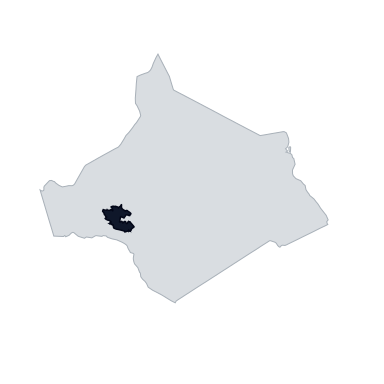 Turkana South, Rift Valley, Kenya shown in context, rotated 298°
{"feature_id": "3690345B86728655085245", "entity_name": "Turkana South", "entity_type": "district", "adm_level": 2, "iso_a3": "KEN", "parent_name": "Kenya", "parent_adm1": "Rift Valley", "projection": "mercator", "projection_center": [35.73, 2.378], "detail": "fine", "context": "in_parent", "style": "filled", "palette": "ink", "viewbox_px": 384, "rotation_deg": 298, "n_neighbors": 0, "source": "geoboundaries", "source_scale": "gbopen_adm2", "svg_char_len": 7261}
<svg xmlns="http://www.w3.org/2000/svg" viewBox="0 0 384 384"><g transform="rotate(298 192 192)"><path d="M86.3,229.2L86.2,224.7L86.9,213.2L86.8,203.1L87.4,198.0L89.9,194.8L91.0,192.5L91.8,189.3L93.1,186.6L96.1,184.5L96.6,183.3L99.8,179.7L101.6,175.0L103.1,173.4L104.8,172.0L106.1,171.2L108.1,170.5L109.7,170.0L110.0,169.7L110.2,168.9L109.6,166.0L110.3,165.1L111.4,163.2L112.7,161.4L113.8,160.3L114.4,159.1L114.7,157.1L114.8,155.6L114.8,153.3L114.4,148.0L113.1,143.5L112.3,138.6L112.9,136.9L111.8,134.0L111.3,133.8L110.5,133.2L109.4,130.4L108.5,127.9L108.0,127.3L104.5,125.1L102.7,119.9L100.7,118.8L99.7,113.6L99.5,112.2L100.6,107.0L100.5,105.8L99.3,104.8L95.9,103.7L93.2,101.5L93.6,100.8L93.8,100.0L92.4,99.5L88.2,90.7L93.6,85.4L98.9,80.1L105.8,73.3L112.1,67.1L117.6,61.7L122.5,56.9L122.4,57.8L122.4,59.0L123.0,59.8L124.0,60.3L125.4,59.7L126.6,59.0L127.8,58.8L135.1,60.8L136.3,62.6L136.3,64.4L136.6,65.8L136.0,67.2L135.4,71.3L135.6,75.1L137.8,77.9L139.7,80.1L141.3,83.2L142.4,84.1L144.0,84.6L149.1,84.7L156.5,84.9L163.7,85.1L164.3,85.2L165.9,85.6L172.5,89.8L178.5,93.6L183.6,96.9L188.6,100.2L193.4,103.3L197.1,105.9L200.8,106.7L206.8,107.1L211.0,107.2L214.8,108.3L220.5,109.3L224.8,109.8L227.3,110.4L234.5,111.0L235.6,110.7L238.8,107.8L242.3,103.1L243.7,100.5L248.2,97.9L256.2,94.4L261.9,91.8L268.1,89.3L271.0,91.5L274.9,95.0L276.7,96.8L278.1,97.5L280.2,98.1L282.8,98.1L284.2,98.0L287.1,97.5L293.9,97.1L297.8,97.2L294.5,101.8L290.6,107.4L283.4,117.8L277.9,123.2L273.8,127.3L273.4,128.0L273.4,132.6L273.5,143.8L273.6,166.1L273.6,188.5L273.7,210.8L273.8,221.9L273.8,225.7L277.4,230.4L281.0,235.0L285.7,241.1L288.2,244.3L288.6,245.4L288.5,247.6L284.6,252.1L281.4,254.2L277.2,255.2L275.9,255.0L274.2,254.3L273.6,255.4L273.1,257.1L272.1,256.8L271.4,256.3L271.9,259.3L272.3,260.8L271.7,262.8L269.6,264.6L269.4,266.1L264.9,270.0L258.6,270.4L255.2,272.3L253.8,273.9L252.6,277.4L253.0,282.7L251.3,286.8L250.9,288.8L247.6,291.5L246.2,293.9L245.1,296.4L244.2,297.5L243.1,303.0L241.5,306.4L241.1,307.5L240.7,308.5L239.6,310.5L238.8,311.9L238.2,312.8L234.4,321.4L231.3,325.3L229.0,324.9L227.4,326.4L227.2,327.1L226.4,326.7L224.4,325.3L220.4,322.3L216.3,319.4L212.2,316.5L208.1,313.5L204.1,310.6L200.0,307.7L195.9,304.7L191.9,301.8L189.5,300.1L188.4,299.1L187.6,297.0L187.2,296.5L186.1,295.9L184.8,295.7L184.5,295.4L184.5,294.4L184.9,293.0L186.4,290.3L186.6,288.7L186.3,286.9L185.8,284.0L185.4,283.4L182.7,281.9L177.1,278.7L171.4,275.6L165.8,272.4L160.1,269.2L154.5,266.1L148.8,262.9L143.2,259.8L137.5,256.6L131.9,253.5L126.2,250.3L120.6,247.2L115.0,244.0L109.3,240.8L103.7,237.7L98.0,234.5L92.4,231.4L90.2,230.2L88.3,229.2L86.3,229.2ZM274.2,259.8L273.2,260.1L273.7,258.6L276.6,256.6L277.8,257.1L278.0,257.5L278.0,257.9L277.5,258.3L274.2,259.8Z" fill="#d9dde1" stroke="#a8b0b8" stroke-width="1"/><path d="M125.2,151.5L127.3,153.6L127.5,153.7L127.6,153.8L127.8,153.8L127.9,154.2L128.0,154.2L127.9,154.3L128.0,154.3L127.9,154.5L128.0,154.6L127.9,154.7L127.9,154.8L128.0,154.9L128.2,155.0L128.2,155.3L128.3,155.3L128.4,155.5L128.5,155.5L128.5,155.8L128.6,155.7L128.6,155.8L129.0,155.7L129.1,155.8L129.3,155.8L129.5,155.9L129.8,155.9L130.2,155.9L130.3,155.9L130.3,156.0L130.5,155.9L130.7,156.0L130.8,156.0L131.1,155.9L131.4,156.1L131.5,156.2L131.8,156.3L131.8,156.2L132.0,156.3L132.3,156.4L132.4,156.5L132.5,156.5L132.8,156.7L133.0,156.8L133.2,157.0L133.4,157.0L133.5,157.2L134.0,157.4L134.0,157.5L135.9,152.8L136.1,152.1L136.4,151.6L136.5,151.4L136.6,151.2L136.4,150.8L136.3,150.6L136.3,150.3L136.3,150.0L136.3,149.8L136.2,149.8L136.1,149.7L135.8,149.6L135.3,149.5L134.3,149.6L134.2,149.6L133.9,149.6L133.7,149.4L133.5,149.2L133.4,149.0L133.4,148.9L133.5,148.6L133.7,148.3L133.9,148.1L134.3,147.7L134.5,147.5L134.6,147.4L134.6,147.2L134.6,146.9L134.5,146.6L134.4,146.4L134.2,146.2L133.9,146.1L133.6,146.1L133.4,146.1L133.3,145.7L133.1,145.6L132.4,145.7L132.2,145.5L132.3,145.4L132.6,145.0L132.8,144.6L133.0,144.2L133.1,143.8L133.1,143.7L132.4,143.2L131.9,142.8L131.7,142.6L131.6,142.1L131.8,142.0L132.0,141.9L132.4,141.8L132.6,141.7L132.8,141.7L133.3,141.6L133.6,141.6L134.0,141.3L134.2,141.2L134.5,141.1L135.0,141.1L135.4,140.8L135.6,140.8L135.8,140.9L136.2,140.7L136.3,140.6L136.5,140.6L136.8,140.6L137.0,140.7L137.1,140.9L137.1,141.1L137.2,141.3L137.0,141.7L136.9,142.0L137.0,142.3L137.0,142.8L137.1,143.1L137.1,143.4L137.1,143.6L137.1,143.8L137.1,144.1L141.0,144.6L141.4,145.3L141.4,145.5L141.3,145.8L141.6,146.3L141.7,146.5L141.6,147.0L141.6,147.4L141.6,147.6L142.0,147.9L142.1,148.1L142.5,148.0L142.6,147.9L143.0,148.1L143.3,148.3L143.5,148.3L144.0,148.1L144.3,148.1L144.5,147.7L144.6,147.0L144.8,146.5L144.9,144.9L145.1,144.1L145.2,143.5L145.1,143.1L145.0,142.9L144.8,142.7L144.6,142.5L144.5,142.3L144.3,142.2L144.0,142.2L143.9,142.0L143.9,141.6L144.1,140.4L144.1,139.7L144.2,138.9L144.4,138.3L144.5,138.0L144.4,137.8L144.3,137.6L144.4,137.4L144.7,137.3L145.0,137.2L145.3,137.1L145.5,137.0L145.6,136.8L145.6,136.7L145.9,136.6L146.0,136.5L146.2,136.4L146.3,136.3L146.7,136.3L147.0,136.1L147.3,135.9L147.6,135.7L147.4,135.5L147.2,135.5L146.9,135.5L146.5,135.5L146.2,135.6L145.6,135.3L144.8,134.9L144.5,134.7L144.2,134.5L143.8,134.6L143.6,134.6L143.4,134.5L143.4,134.4L143.6,134.0L143.7,133.8L143.8,133.3L143.8,132.6L143.7,132.1L143.3,131.8L143.2,131.7L143.3,131.6L143.4,131.2L143.4,130.9L143.3,130.7L143.1,130.5L142.6,130.2L142.4,129.8L142.5,129.3L142.5,129.1L142.4,129.1L142.2,128.9L141.8,128.3L141.1,127.7L140.8,127.6L140.7,127.9L140.7,128.0L140.6,128.4L140.5,128.5L139.9,129.4L139.4,130.0L139.0,130.4L138.5,130.8L138.3,130.8L138.2,130.8L138.2,130.5L138.2,130.4L138.2,130.2L138.3,130.1L138.4,129.9L138.4,129.7L138.5,129.6L138.5,129.1L138.4,128.6L138.5,128.4L138.5,128.1L138.4,128.3L137.9,128.4L137.6,128.5L137.3,128.3L136.9,127.3L136.7,127.0L136.6,126.7L136.4,126.1L136.3,125.8L136.4,125.5L136.5,125.3L136.3,125.3L136.2,125.4L135.7,125.1L135.4,124.2L135.2,123.8L135.0,123.5L135.0,123.3L134.9,123.1L135.0,122.9L134.9,122.6L134.9,122.3L134.7,122.2L134.7,121.9L134.3,121.9L134.1,122.1L133.8,122.0L133.6,122.0L133.4,122.0L133.1,122.1L132.9,122.4L132.9,122.5L132.8,122.8L132.5,123.3L132.5,123.7L132.3,123.9L132.0,124.1L131.9,124.3L131.8,124.6L131.7,124.8L131.1,125.1L131.0,125.4L130.9,125.4L130.9,125.5L130.8,125.9L130.6,126.3L130.4,126.5L130.1,127.1L130.1,127.3L129.9,127.4L129.9,127.6L129.8,127.8L129.7,128.0L129.7,128.3L129.3,128.3L128.9,128.1L128.5,127.9L128.0,127.8L127.8,127.8L127.6,128.8L127.5,129.1L127.6,129.8L127.6,130.6L127.7,131.1L127.9,131.6L128.1,132.0L128.0,132.3L128.1,132.6L127.9,133.0L127.8,133.3L127.9,133.5L127.7,133.9L127.8,134.2L127.8,134.4L127.3,134.7L127.1,134.7L126.9,134.4L126.8,134.2L126.7,134.2L126.4,134.2L126.1,134.0L125.9,133.9L125.5,133.9L125.4,133.8L125.4,134.0L125.3,134.3L125.5,134.3L125.4,134.5L125.6,134.6L125.5,134.8L125.7,135.3L125.8,135.4L125.7,135.5L125.5,135.9L125.7,136.0L125.6,136.3L125.7,136.6L125.9,136.5L126.0,136.8L125.9,136.9L125.7,136.9L125.7,137.0L125.8,137.3L125.7,137.4L125.6,137.5L125.7,137.8L125.8,138.0L125.6,138.2L125.3,138.2L125.2,138.3L125.0,138.5L124.8,138.7L124.6,139.0L124.3,139.0L124.1,139.2L123.9,139.4L123.5,139.9L123.5,141.0L123.6,142.2L123.7,142.6L124.5,145.2L125.8,150.6L125.7,150.6L125.7,150.8L125.5,151.0L125.4,151.0L125.3,151.3L125.2,151.5Z" fill="#0f172a" stroke="#020617" stroke-width="1.5"/></g></svg>